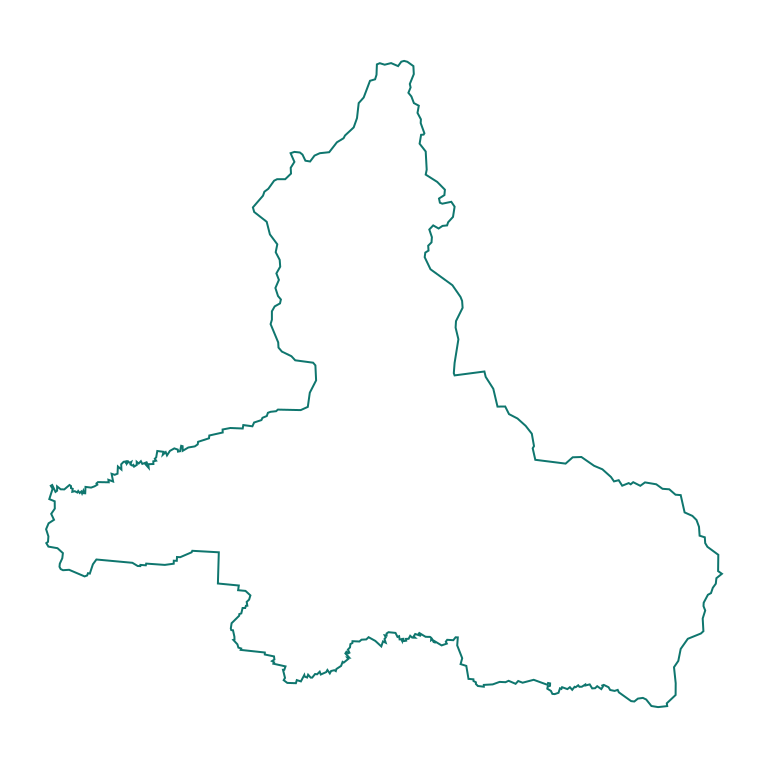 Khuan Kalong, Satun, Thailand (Robinson projection)
{"feature_id": "78962969B58328685973452", "entity_name": "Khuan Kalong", "entity_type": "district", "adm_level": 2, "iso_a3": "THA", "parent_name": "Thailand", "parent_adm1": "Satun", "projection": "robinson", "projection_center": [100.019, 6.959], "detail": "fine", "context": "isolated", "style": "outline", "palette": "teal", "viewbox_px": 768, "rotation_deg": 0, "n_neighbors": 0, "source": "geoboundaries", "source_scale": "gbopen_adm2", "svg_char_len": 6056}
<svg xmlns="http://www.w3.org/2000/svg" viewBox="0 0 768 768"><path d="M696.5,520.0L692.4,515.9L684.6,512.4L680.7,495.1L675.5,494.7L669.3,489.3L662.5,488.8L656.3,484.3L645.0,482.4L640.3,485.8L633.2,482.2L630.7,484.3L628.7,483.1L622.2,485.7L618.7,480.2L614.0,481.4L611.0,477.0L602.4,469.3L594.1,465.8L581.4,457.0L572.7,457.3L565.6,463.6L535.3,459.8L532.7,448.3L534.0,446.1L531.8,433.7L525.7,425.9L517.5,418.5L509.0,414.1L505.2,406.5L497.5,406.6L493.3,388.8L485.7,376.9L484.4,371.5L454.6,375.4L453.8,373.2L454.6,362.9L458.4,339.3L455.6,327.6L456.0,321.1L462.6,307.8L462.1,300.9L460.5,296.9L452.4,285.2L430.5,269.3L424.7,257.2L425.3,252.6L428.5,250.6L428.2,245.7L431.5,242.4L431.9,237.2L429.3,229.5L433.2,225.4L438.6,228.5L442.5,225.9L447.1,225.4L448.1,222.3L453.0,216.9L454.6,206.7L451.3,201.8L442.3,203.7L439.9,202.7L439.0,198.5L444.4,195.1L444.9,189.7L437.2,181.9L425.7,174.6L426.7,169.7L425.7,151.5L419.6,143.7L421.1,134.8L423.6,134.6L424.4,133.3L420.7,123.1L420.9,119.3L417.5,112.9L418.8,105.7L413.9,103.1L411.4,96.5L408.4,92.8L410.6,87.4L409.8,84.0L413.8,74.1L413.4,66.1L407.4,61.8L404.1,60.9L401.3,61.7L398.1,66.1L391.1,63.1L384.7,64.7L379.8,63.2L376.9,64.4L376.5,74.8L375.1,79.3L370.0,80.8L363.7,97.5L358.7,103.1L357.0,118.1L353.7,127.4L345.0,135.5L343.6,138.2L336.9,142.3L329.2,152.2L319.8,153.2L314.5,155.6L310.1,161.5L305.4,160.7L302.5,154.6L299.9,152.5L294.4,151.9L290.6,153.2L294.4,161.9L290.7,167.8L291.0,173.6L285.2,179.2L277.1,179.2L274.1,180.7L268.3,188.8L264.4,191.7L263.0,195.7L252.9,207.4L254.2,212.0L266.7,221.8L269.9,234.4L277.3,244.3L275.7,252.2L279.7,259.9L280.2,266.7L276.4,273.4L278.9,279.9L275.4,288.0L278.0,296.0L280.9,299.5L280.0,303.4L274.7,306.4L271.9,311.3L271.9,319.7L270.6,324.1L278.2,342.4L278.5,347.6L281.9,351.6L291.4,356.2L295.2,360.3L313.1,362.7L315.4,365.4L316.1,380.4L309.8,392.7L307.8,406.9L300.7,410.1L277.9,409.6L276.1,411.2L270.6,411.8L267.9,412.8L266.8,416.0L262.5,417.8L261.4,420.1L254.1,422.5L252.4,426.3L243.3,425.1L242.7,428.5L230.3,428.0L222.6,429.5L222.7,432.5L209.3,435.5L209.0,438.3L198.1,441.8L197.7,444.4L194.8,446.4L188.3,447.5L182.7,450.8L182.6,446.2L181.2,445.8L180.1,451.2L178.0,451.6L177.8,449.6L174.3,448.4L169.9,450.9L167.0,455.4L165.7,452.1L162.8,454.8L163.5,451.8L157.3,451.0L156.2,457.3L154.8,458.8L156.1,460.7L153.3,461.3L153.4,464.0L148.3,464.2L148.7,467.9L145.7,464.5L147.2,463.5L146.6,462.3L142.3,463.9L140.9,461.2L138.7,463.5L136.7,461.8L136.8,464.9L134.1,466.6L133.4,464.9L132.3,465.6L130.5,464.5L131.3,461.9L129.8,462.8L128.4,461.8L127.4,463.0L127.6,461.2L126.5,461.2L126.2,463.3L124.9,461.6L123.6,461.8L121.2,464.3L121.4,469.5L117.9,466.5L117.5,473.7L114.7,474.8L111.6,473.8L113.1,481.5L108.4,479.8L108.7,482.3L98.0,482.1L96.5,483.4L97.3,484.7L94.6,486.3L91.1,487.6L85.5,486.9L85.2,493.3L83.9,493.2L83.3,490.8L82.1,493.5L81.3,491.5L79.7,493.0L78.2,491.0L77.3,492.5L74.8,491.2L72.3,491.8L72.7,488.8L71.0,488.1L71.0,486.1L69.5,485.0L64.3,489.4L60.7,489.3L57.1,486.4L57.1,490.7L55.5,491.9L52.2,485.0L50.8,485.8L52.6,488.8L49.3,499.1L54.7,501.3L54.8,508.6L51.2,513.9L54.0,519.8L48.6,523.3L46.1,529.2L48.4,536.4L48.0,541.8L46.3,543.1L48.4,546.6L57.5,548.2L62.9,553.1L62.3,558.2L59.8,563.7L59.5,566.8L60.7,569.1L63.0,570.2L69.1,569.8L84.6,576.4L87.1,575.5L88.0,573.2L89.8,573.6L92.9,564.3L96.4,559.5L132.4,562.8L137.7,566.0L140.3,566.1L140.4,564.9L145.8,565.3L146.2,563.6L164.8,564.9L173.7,563.7L173.8,560.7L176.8,560.8L177.0,557.0L180.2,557.2L191.6,552.3L192.3,550.8L218.8,552.3L217.9,583.5L238.8,585.5L238.1,590.2L245.5,590.9L250.4,595.4L249.1,599.6L246.7,601.9L247.3,605.7L245.9,605.8L245.2,608.0L242.6,608.0L241.3,613.4L239.3,614.1L239.2,615.7L231.6,623.2L230.8,628.5L231.3,630.1L233.0,630.3L234.4,636.7L234.5,639.5L233.3,639.9L237.4,644.3L238.4,647.6L241.2,648.5L240.7,649.9L264.8,652.5L264.8,654.5L274.0,656.4L274.4,659.5L272.0,661.1L274.1,662.3L273.4,663.7L285.5,666.4L284.3,669.8L283.0,669.8L285.0,677.9L283.7,680.2L287.3,682.9L295.9,683.2L296.8,680.1L300.9,681.4L304.3,675.0L304.7,676.6L307.1,677.5L308.1,674.7L310.7,677.6L312.2,677.6L315.1,674.0L317.1,674.3L319.7,671.7L320.8,674.5L326.2,672.1L327.4,670.0L329.8,673.4L331.1,671.0L334.3,670.2L335.8,671.1L336.4,669.0L341.1,665.9L342.6,661.9L343.7,662.6L348.3,658.9L347.2,657.5L349.2,657.6L345.4,653.4L346.4,651.8L348.2,653.3L349.4,652.7L347.9,649.6L350.0,647.4L350.4,644.1L352.4,643.0L352.5,641.2L359.4,641.5L361.5,639.7L366.3,639.4L368.6,637.2L375.3,640.9L381.3,646.4L383.0,641.4L385.7,642.7L384.5,639.0L385.8,637.4L384.7,635.3L386.6,635.5L386.6,633.5L388.5,632.2L395.5,632.9L397.5,636.9L399.1,636.2L399.6,639.4L401.2,639.3L402.1,641.0L402.3,638.9L403.4,638.8L403.7,641.1L406.2,640.7L406.0,638.9L408.6,638.8L410.2,635.8L412.2,637.6L415.1,637.7L413.7,636.4L415.2,634.0L421.0,635.9L418.7,633.8L419.3,633.0L425.6,636.8L430.0,636.9L431.3,637.9L431.1,640.2L432.3,639.4L433.6,642.0L434.5,642.3L434.3,641.0L441.6,645.4L446.8,643.6L445.8,641.7L447.2,639.8L453.3,640.2L455.6,637.3L457.8,637.4L457.2,645.4L462.2,658.2L460.6,664.1L466.3,665.9L468.5,678.9L473.4,679.3L473.5,681.0L475.9,682.3L475.9,684.0L477.9,686.0L483.8,686.7L483.8,684.9L492.7,684.4L499.6,681.9L505.5,682.2L508.6,680.8L515.6,683.8L518.2,681.0L522.6,682.7L533.7,679.8L547.7,684.9L548.1,683.0L550.1,683.4L550.0,685.8L547.7,686.7L547.3,688.7L550.9,690.9L552.4,693.9L554.7,694.1L558.5,692.8L560.0,688.3L561.4,688.9L562.1,687.2L567.4,689.1L569.9,687.2L572.2,689.8L574.6,686.8L575.7,687.2L578.2,685.3L579.4,686.8L581.9,686.7L585.3,684.5L585.4,685.5L589.7,684.4L592.2,688.4L595.1,688.2L597.2,686.2L601.3,689.1L602.9,686.6L602.3,685.5L603.8,684.9L608.5,687.2L610.2,690.0L614.6,690.9L617.7,689.9L618.8,692.3L631.1,701.1L634.3,701.5L637.9,698.6L642.9,697.9L646.2,699.5L651.4,706.0L658.1,707.1L667.2,706.1L666.8,703.3L675.6,695.0L675.7,683.2L674.0,667.2L678.3,660.9L680.7,648.9L687.8,638.8L700.9,633.5L703.4,631.2L702.7,618.5L705.2,610.5L703.5,606.1L703.7,602.7L707.9,594.8L711.0,593.1L712.8,587.8L715.8,583.7L716.4,578.2L721.9,573.8L718.1,571.1L718.3,554.8L707.4,546.8L705.2,543.1L704.8,537.3L699.6,535.7L699.0,526.8L696.5,520.0Z" fill="none" stroke="#0f766e" stroke-width="2"/></svg>